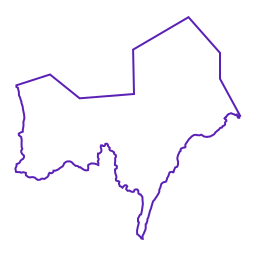 Morobo, Central Equatoria, South Sudan
{"feature_id": "79223893B16328156709571", "entity_name": "Morobo", "entity_type": "district", "adm_level": 2, "iso_a3": "SSD", "parent_name": "South Sudan", "parent_adm1": "Central Equatoria", "projection": "robinson", "projection_center": [30.83, 3.714], "detail": "fine", "context": "isolated", "style": "outline", "palette": "violet", "viewbox_px": 256, "rotation_deg": 0, "n_neighbors": 0, "source": "geoboundaries", "source_scale": "gbopen_adm2", "svg_char_len": 4659}
<svg xmlns="http://www.w3.org/2000/svg" viewBox="0 0 256 256"><path d="M16.4,85.3L16.4,86.9L17.9,87.8L17.9,88.0L18.0,88.6L18.9,92.0L18.9,93.5L19.0,95.4L20.1,97.6L20.7,99.9L21.4,101.7L21.5,103.1L22.7,106.6L22.8,108.2L23.3,110.8L24.0,114.2L24.3,116.5L24.3,118.8L23.4,121.9L23.5,125.1L23.3,127.2L22.8,129.5L22.8,131.7L20.6,132.5L18.8,133.6L18.9,135.3L21.2,137.0L21.5,138.7L21.7,140.2L21.6,142.6L21.6,144.6L21.6,146.9L22.0,148.0L22.3,148.9L21.2,150.6L21.3,152.3L22.2,154.0L23.9,155.5L24.0,157.1L23.2,158.8L21.8,159.6L20.5,160.8L19.8,162.3L18.9,163.2L16.6,164.1L16.5,166.1L15.4,168.5L16.0,171.9L17.7,172.1L19.9,172.1L21.1,172.7L23.3,172.2L25.8,172.8L25.9,175.2L28.2,177.0L30.1,177.5L31.3,177.1L33.0,177.1L35.0,177.7L36.2,178.9L37.8,179.9L40.1,179.7L41.1,179.0L41.9,178.6L44.5,178.9L47.4,177.0L48.6,175.3L48.6,174.2L49.5,172.8L51.2,173.3L52.7,172.6L53.4,171.7L53.5,170.7L55.3,170.7L56.6,170.2L58.2,169.5L59.5,168.4L60.6,167.6L62.6,166.4L63.6,164.8L64.3,163.1L66.5,161.6L67.8,161.4L70.0,161.4L71.1,161.9L72.4,162.7L72.8,163.5L75.7,165.9L77.0,165.9L78.3,166.4L79.0,167.3L80.4,167.2L81.5,168.2L83.5,169.5L85.1,170.2L86.5,170.4L88.0,170.1L88.3,168.1L88.1,166.2L88.2,165.0L89.1,164.4L91.4,163.4L92.8,163.5L94.5,163.6L96.5,164.2L98.3,165.0L98.4,162.9L97.8,161.2L98.6,159.8L98.6,158.7L97.9,157.5L97.9,155.6L98.0,153.5L99.3,153.5L100.0,152.9L101.0,152.1L101.4,151.1L101.4,149.5L100.9,147.9L100.7,146.4L101.0,145.4L102.4,145.4L103.0,146.0L104.4,146.0L105.2,145.0L105.4,143.9L106.9,143.7L107.8,144.5L108.0,145.9L108.9,147.1L109.7,147.8L109.4,149.3L110.0,150.3L111.2,150.8L112.2,151.0L113.2,151.8L114.0,152.3L114.0,153.3L114.6,154.3L115.8,155.1L116.0,156.7L115.2,158.0L115.2,159.3L115.2,161.5L114.9,163.5L115.0,165.1L116.6,165.7L116.9,166.5L116.7,168.4L115.1,169.3L115.0,170.8L115.3,172.9L115.3,173.3L116.0,175.2L116.4,176.5L116.3,178.1L115.8,178.9L116.1,180.5L117.5,181.0L118.8,181.3L119.4,181.9L118.9,183.6L119.2,184.5L119.8,186.1L121.1,186.6L122.5,187.7L123.4,186.5L125.0,185.2L126.5,185.4L127.3,186.4L126.3,188.1L126.2,189.2L127.6,190.8L129.4,190.6L130.9,191.4L132.1,191.9L133.8,191.7L134.5,189.9L135.7,189.4L137.4,189.5L138.3,190.8L138.3,192.0L138.4,193.3L139.6,194.4L140.6,194.4L141.0,195.1L142.2,196.5L142.5,197.9L142.5,200.0L142.8,202.7L142.8,204.8L142.4,207.3L141.9,210.8L141.1,214.4L139.8,214.9L139.1,216.6L138.0,218.4L138.0,220.1L138.0,221.6L138.9,222.3L138.6,223.9L138.0,226.1L137.6,227.9L137.1,230.2L137.1,232.8L137.2,234.2L138.3,234.8L139.3,235.9L140.2,236.6L140.4,236.9L141.4,238.5L142.7,238.8L142.5,236.8L142.6,235.7L143.2,234.7L143.8,233.5L144.4,232.0L144.9,230.9L145.5,229.4L145.7,228.0L145.7,225.8L145.7,224.2L146.6,223.5L146.7,222.4L147.3,221.2L147.4,219.9L147.5,218.9L148.2,217.8L148.5,216.6L148.8,215.4L149.3,213.7L149.7,212.2L149.8,211.3L150.6,209.4L151.3,207.6L151.4,206.5L151.9,205.3L152.2,203.9L152.7,202.5L153.1,201.3L153.7,200.6L154.6,199.7L155.3,198.5L155.7,197.9L156.2,197.2L156.8,196.4L157.5,195.1L158.5,193.6L159.3,191.7L159.3,189.7L159.8,188.6L160.0,188.2L160.4,187.6L160.5,186.9L160.9,185.4L161.2,184.2L161.5,183.8L162.3,183.1L162.7,182.7L163.8,182.2L165.3,181.9L166.1,181.5L166.3,180.9L166.7,179.8L167.0,179.1L167.1,178.1L168.2,176.4L168.8,174.7L169.6,172.4L170.8,172.0L172.0,171.8L173.0,172.4L173.7,171.9L174.0,170.2L174.7,168.7L175.2,167.5L175.9,167.2L177.1,166.8L177.5,165.9L177.9,165.0L178.0,164.3L178.0,163.2L178.1,162.7L178.1,161.6L177.8,160.7L177.5,159.6L177.3,158.6L177.5,157.4L177.7,156.4L178.2,154.8L178.7,153.7L179.2,152.8L179.4,152.2L179.6,151.6L180.5,151.2L180.6,150.5L180.6,149.3L181.2,148.5L182.1,148.2L183.0,147.7L184.2,147.5L184.8,147.5L185.4,147.1L185.4,146.3L185.3,144.9L185.8,143.8L186.8,142.4L187.9,140.7L189.1,139.0L190.4,137.8L191.5,136.6L192.5,135.9L194.0,135.0L196.0,134.8L197.4,135.2L198.4,135.2L199.4,135.3L200.1,135.2L201.1,134.7L201.9,135.0L202.7,135.6L203.7,136.3L204.7,136.7L205.7,136.7L207.0,137.0L207.8,136.7L209.1,136.6L210.2,136.5L211.4,135.8L212.7,135.1L214.1,134.3L214.7,133.5L215.1,132.9L215.6,132.1L216.5,131.6L217.1,131.0L217.3,130.6L218.5,130.0L219.2,129.2L219.7,128.4L220.4,127.8L221.2,127.7L221.8,127.7L222.2,127.2L222.5,126.3L223.3,125.9L224.5,125.3L225.0,124.7L225.1,124.0L225.1,123.2L225.1,122.4L225.6,121.6L226.4,120.9L226.2,119.9L225.0,119.0L224.5,118.4L224.9,117.8L225.6,117.2L226.1,117.2L226.2,116.6L226.6,116.1L227.2,115.6L227.6,114.7L228.2,114.5L228.8,114.0L230.1,113.6L231.2,113.2L231.9,113.6L233.0,114.0L234.0,114.3L235.3,115.1L235.9,114.8L236.8,114.5L237.1,115.2L237.5,116.8L238.3,117.8L239.2,117.8L238.9,115.7L239.8,115.7L240.6,116.7L220.0,78.8L220.0,52.9L188.5,17.2L170.5,27.7L133.1,49.6L134.0,94.0L79.6,98.3L50.0,74.5L16.4,85.3Z" fill="none" stroke="#5b21b6" stroke-width="2"/></svg>